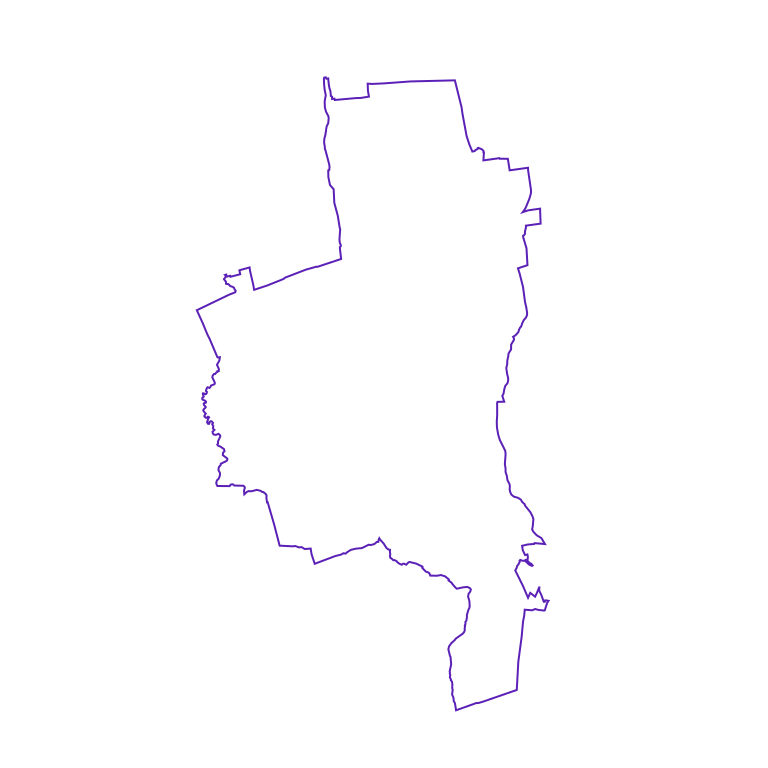 Ipatele, Iasi, Romania, rotated 189°
{"feature_id": "2599482B24354712900098", "entity_name": "Ipatele", "entity_type": "district", "adm_level": 2, "iso_a3": "ROU", "parent_name": "Romania", "parent_adm1": "Iasi", "projection": "mercator", "projection_center": [27.426, 46.918], "detail": "fine", "context": "isolated", "style": "outline", "palette": "violet", "viewbox_px": 768, "rotation_deg": 189, "n_neighbors": 0, "source": "geoboundaries", "source_scale": "gbopen_adm2", "svg_char_len": 6154}
<svg xmlns="http://www.w3.org/2000/svg" viewBox="0 0 768 768"><g transform="rotate(189 384 384)"><path d="M489.5,677.8L490.9,677.3L491.2,676.6L490.0,670.4L488.5,664.9L486.7,660.2L486.8,653.8L485.7,648.1L484.0,644.1L480.8,639.7L480.2,637.8L479.9,632.8L480.9,629.5L481.0,626.6L480.8,624.1L481.0,622.8L480.8,621.8L481.3,616.8L480.9,613.0L479.5,608.8L479.1,606.7L478.4,605.8L472.5,592.4L471.7,589.6L471.6,586.7L472.5,586.2L471.3,579.6L468.5,572.1L464.2,568.5L461.4,555.1L455.9,542.8L452.2,531.4L451.5,530.2L450.6,519.7L449.7,516.4L448.3,514.3L448.4,513.0L449.0,512.4L448.8,511.1L445.9,500.8L468.1,489.3L469.1,489.3L478.9,484.8L498.3,473.6L499.4,472.3L501.5,470.9L514.8,463.0L527.0,456.7L528.6,461.4L533.9,474.5L535.0,478.1L544.6,473.7L543.2,469.9L552.4,465.9L552.8,466.8L556.3,465.4L556.9,467.4L558.1,466.8L557.3,466.2L557.0,465.2L558.4,462.8L558.3,462.3L556.2,460.4L555.6,458.2L553.3,458.3L551.2,456.7L548.8,456.3L547.1,455.5L546.4,454.1L545.1,452.9L545.3,451.3L551.4,447.7L580.4,427.6L572.6,415.8L566.0,405.0L563.3,401.3L552.8,384.5L552.3,384.2L550.3,384.8L550.3,381.4L552.0,376.8L549.5,373.1L549.2,371.0L550.6,370.5L550.4,369.9L551.5,369.1L552.2,367.6L553.5,367.3L554.6,365.2L554.6,363.7L551.4,359.0L551.2,358.1L551.5,357.2L554.6,355.4L555.2,353.4L555.9,352.8L557.6,353.2L558.2,352.6L558.8,350.0L558.6,349.0L557.7,348.5L557.7,347.2L558.2,346.3L558.9,345.9L560.7,346.6L561.4,346.4L561.4,345.9L560.1,343.2L561.2,342.0L561.3,341.3L561.1,340.6L560.4,340.1L558.0,339.5L557.0,338.6L557.1,337.6L558.5,337.2L559.0,336.3L558.6,335.2L556.6,333.6L556.5,333.2L557.0,332.2L558.0,331.1L558.4,329.8L558.0,329.0L555.4,326.8L556.4,324.8L556.3,323.8L554.5,322.7L553.8,322.9L552.8,324.2L551.7,323.9L551.5,323.7L552.1,322.6L552.8,318.6L551.7,317.2L550.6,317.2L550.3,317.8L550.5,318.9L550.3,319.3L549.1,320.2L548.4,320.2L546.8,318.8L547.4,317.4L546.0,315.8L546.0,313.3L544.3,312.1L545.9,310.0L545.3,308.4L544.4,307.5L542.1,307.4L539.7,308.9L537.9,307.8L537.5,306.6L539.0,301.3L538.6,299.3L539.2,298.1L538.4,297.2L535.8,296.6L531.9,294.7L531.0,292.8L532.2,290.9L532.1,288.5L527.3,286.0L526.9,285.4L527.1,283.9L527.7,283.2L532.7,279.7L532.7,278.3L534.0,276.2L534.2,274.6L533.9,272.8L532.1,270.5L531.8,268.7L531.9,266.9L532.5,264.6L533.9,262.7L534.1,261.6L534.2,259.9L533.7,258.8L532.6,257.2L520.5,259.0L519.8,260.5L518.3,261.2L517.4,261.2L515.9,260.3L507.0,261.5L505.5,260.5L505.2,259.7L505.6,256.9L504.7,253.2L502.5,256.1L500.7,257.1L498.1,257.3L493.2,259.5L489.1,259.2L487.3,258.3L486.3,258.4L484.3,257.3L483.2,256.5L482.5,255.3L482.4,253.3L481.0,248.8L480.4,249.0L470.5,228.0L461.8,208.0L448.7,209.4L446.3,210.1L442.4,209.3L439.9,210.0L436.4,208.6L430.7,210.0L428.9,204.5L424.3,195.6L405.3,206.4L399.5,208.9L397.6,210.5L395.3,210.5L394.3,211.9L390.8,215.0L385.9,217.0L380.1,218.5L373.9,222.9L372.2,222.8L369.1,224.1L368.1,224.8L366.5,226.8L364.9,227.2L364.9,229.7L364.5,230.9L363.7,229.9L359.3,226.3L355.9,222.4L353.7,221.2L352.1,221.2L351.9,219.0L351.1,216.7L351.3,215.3L350.5,213.2L349.6,213.0L347.2,211.4L346.3,211.7L344.1,211.2L343.2,210.3L340.7,208.9L338.2,208.3L337.4,209.2L336.2,209.7L333.8,209.0L331.8,211.8L330.9,212.2L324.3,211.7L317.5,209.7L317.2,209.1L317.5,208.6L317.3,208.2L313.4,205.3L310.5,204.7L309.4,203.9L308.3,202.0L301.7,202.9L297.9,204.2L293.6,203.6L289.5,201.2L289.2,200.8L289.5,200.0L286.1,198.3L285.9,197.8L281.6,194.1L280.1,193.2L273.9,195.6L269.9,196.6L267.2,195.8L266.1,194.7L266.1,194.0L266.4,192.3L267.6,190.2L267.7,187.1L265.8,183.3L264.6,177.9L264.7,176.0L265.3,174.2L266.0,168.8L265.6,166.5L265.6,163.2L266.4,161.7L266.0,159.8L266.3,158.8L266.1,158.2L266.4,157.8L266.0,156.9L266.1,154.9L265.7,153.9L265.7,153.3L266.1,151.5L267.1,149.8L273.5,143.5L273.8,142.6L276.1,139.5L276.6,139.2L278.7,135.1L278.9,132.0L276.3,125.7L275.6,124.9L273.8,117.6L274.2,110.4L273.7,109.4L273.8,108.3L273.1,107.3L273.0,104.4L271.7,102.7L271.6,101.8L270.3,100.6L269.5,98.1L269.1,94.6L268.3,92.5L268.2,88.0L266.3,85.0L265.4,81.4L264.5,80.6L263.8,79.3L261.8,73.0L242.8,83.4L241.0,83.6L236.4,85.8L205.0,102.6L207.9,130.7L208.5,155.9L209.5,170.9L209.3,177.5L209.7,183.1L202.2,183.7L199.5,185.4L196.0,185.0L190.3,185.3L189.8,185.6L188.6,193.4L187.6,195.6L190.8,195.6L191.2,194.0L192.1,193.9L195.7,200.4L198.4,204.2L198.8,208.2L200.3,201.5L201.5,197.6L206.9,200.6L208.3,195.4L215.1,206.2L225.2,220.4L224.3,222.7L224.0,225.2L223.2,226.4L222.1,229.6L222.5,230.6L221.9,231.6L219.9,231.1L216.9,231.4L212.4,228.3L209.3,227.5L208.8,228.0L210.6,229.6L212.0,229.9L216.0,232.7L214.7,233.2L214.8,235.6L215.7,238.1L217.9,237.1L220.9,241.5L222.3,245.8L216.9,248.0L210.7,249.5L210.4,250.4L200.0,251.1L204.4,256.4L209.4,258.4L213.1,261.2L215.0,263.6L214.8,266.3L215.3,273.9L216.6,276.5L219.3,280.2L225.6,285.9L226.3,287.3L228.8,288.9L230.9,291.3L234.1,292.6L238.0,293.0L240.9,294.7L242.5,297.1L243.4,299.5L243.7,302.7L244.4,304.8L247.0,308.3L248.3,312.5L250.2,316.1L250.7,319.5L252.1,323.8L252.9,333.6L253.8,337.0L260.9,346.9L263.3,351.9L265.6,358.6L266.7,364.2L267.4,371.3L269.3,382.9L269.1,384.1L262.5,385.3L265.3,390.8L264.5,392.7L264.3,398.5L263.9,401.2L262.2,404.0L261.9,406.7L262.3,409.3L263.9,413.0L265.7,418.8L265.4,423.4L265.9,425.9L265.6,431.0L265.8,433.1L265.2,435.1L263.9,437.9L264.6,442.8L262.6,447.9L262.7,449.2L263.9,450.8L261.7,452.7L259.5,456.1L259.0,459.2L258.4,461.0L257.5,462.3L257.0,465.5L255.9,469.1L254.2,471.7L253.5,474.4L253.8,476.7L255.5,482.1L257.5,486.9L261.8,501.4L267.5,514.7L269.8,519.2L260.9,523.8L264.5,540.4L269.5,550.8L269.8,552.2L268.8,553.1L268.3,554.1L268.6,556.6L268.3,561.2L268.6,562.6L254.4,566.9L257.3,581.6L268.7,578.1L273.9,575.4L272.4,578.3L271.6,580.3L269.4,589.7L268.7,595.4L269.1,598.4L275.0,617.3L275.6,620.1L293.3,614.7L296.9,625.8L305.0,624.6L305.4,625.1L320.8,620.4L321.5,628.3L322.0,628.3L322.3,629.9L324.2,631.2L327.8,632.0L328.4,631.7L328.4,630.6L330.3,629.4L330.8,628.3L333.1,627.4L337.2,634.0L341.2,641.8L348.7,663.0L350.7,669.5L361.5,695.0L405.1,687.0L431.1,680.9L442.7,678.5L447.1,678.1L445.7,671.0L443.8,665.5L451.7,662.9L457.3,661.8L477.1,656.8L477.6,658.1L479.9,657.4L480.2,659.6L481.5,660.1L482.7,664.8L484.1,667.5L485.3,670.9L486.9,677.1L488.6,676.5L489.5,677.8Z" fill="none" stroke="#5b21b6" stroke-width="2"/></g></svg>